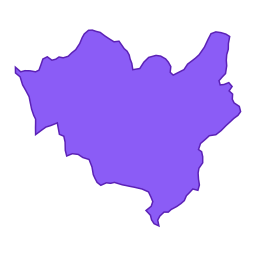 Santo Antônio de Posse, São Paulo, Brazil
{"feature_id": "56859067B90854909579192", "entity_name": "Santo Antônio de Posse", "entity_type": "district", "adm_level": 2, "iso_a3": "BRA", "parent_name": "Brazil", "parent_adm1": "São Paulo", "projection": "robinson", "projection_center": [-46.947, -22.613], "detail": "fine", "context": "isolated", "style": "filled", "palette": "violet", "viewbox_px": 256, "rotation_deg": 0, "n_neighbors": 0, "source": "geoboundaries", "source_scale": "gbopen_adm2", "svg_char_len": 1805}
<svg xmlns="http://www.w3.org/2000/svg" viewBox="0 0 256 256"><path d="M232.1,86.5L228.8,82.6L224.0,84.5L220.2,84.9L219.0,80.7L222.3,76.9L225.5,73.6L226.7,65.9L226.3,60.3L226.7,54.7L228.3,49.2L228.4,43.5L229.7,36.5L225.9,34.1L220.9,32.6L215.8,31.9L211.0,33.7L208.2,39.1L204.4,47.2L199.1,54.8L195.5,58.1L192.4,60.5L187.6,64.1L184.0,69.6L173.2,75.1L170.2,72.3L170.8,66.6L168.3,62.1L165.6,58.9L160.7,56.1L156.0,55.4L148.7,57.4L143.9,62.1L139.8,68.5L132.8,69.7L131.8,63.4L130.1,59.0L129.2,55.0L127.1,51.2L124.2,48.7L119.0,41.2L114.0,41.8L109.8,39.2L104.8,35.9L100.2,32.4L96.2,31.4L92.3,30.1L88.5,30.3L84.3,33.9L82.3,37.4L79.7,43.6L75.7,49.7L71.8,52.8L68.2,56.3L63.2,57.8L59.0,57.0L55.8,59.2L51.9,60.2L47.3,56.8L42.9,59.0L41.0,64.6L39.0,70.1L35.6,71.8L29.9,70.8L24.9,70.7L20.7,71.8L15.4,67.2L15.5,73.0L20.1,76.8L22.6,84.9L25.7,90.3L29.1,96.7L30.3,102.7L31.6,109.1L33.7,115.3L35.6,119.1L35.6,123.3L35.5,127.6L35.6,134.6L41.8,130.0L45.8,127.1L50.9,125.5L57.3,122.9L59.4,134.3L63.8,136.2L65.1,142.1L65.3,150.4L66.7,156.0L72.3,153.7L78.2,154.4L82.8,157.5L89.1,159.5L92.0,167.0L93.3,174.7L95.0,178.4L97.1,182.4L100.8,185.3L106.4,182.8L110.6,183.3L114.4,182.4L122.3,184.8L125.9,185.5L130.1,186.4L134.3,187.2L142.0,189.0L148.5,191.9L151.0,197.2L152.8,201.6L151.2,206.3L146.0,210.5L150.4,215.2L151.6,219.9L154.1,223.7L158.9,225.9L157.7,220.1L159.8,216.1L164.0,212.1L168.3,212.1L171.1,209.5L176.9,206.4L181.0,203.5L184.3,200.6L186.4,195.7L189.1,193.0L192.8,189.0L197.9,190.3L199.4,185.0L198.5,179.3L198.1,173.0L198.9,168.3L202.7,162.8L202.7,156.7L201.6,151.7L198.5,149.5L200.5,143.5L205.6,139.1L209.3,135.7L215.9,134.7L221.1,130.6L226.1,125.5L230.3,121.7L233.8,118.4L238.0,115.3L240.6,111.6L239.3,106.4L234.1,102.9L232.3,99.3L232.6,94.1L229.1,90.9L232.1,86.5Z" fill="#8b5cf6" stroke="#5b21b6" stroke-width="1.5"/></svg>